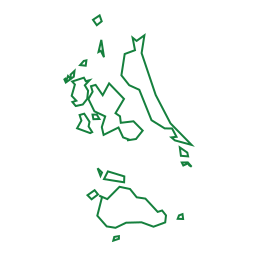 outline of Halmahera Selatan, Maluku Utara, Indonesia
{"feature_id": "22746128B2838702785556", "entity_name": "Halmahera Selatan", "entity_type": "district", "adm_level": 2, "iso_a3": "IDN", "parent_name": "Indonesia", "parent_adm1": "Maluku Utara", "projection": "robinson", "projection_center": [127.53, -0.746], "detail": "medium", "context": "isolated", "style": "outline", "palette": "green", "viewbox_px": 256, "rotation_deg": 0, "n_neighbors": 0, "source": "geoboundaries", "source_scale": "gbopen_adm2", "svg_char_len": 1825}
<svg xmlns="http://www.w3.org/2000/svg" viewBox="0 0 256 256"><path d="M119.5,186.8L107.3,199.1L99.2,195.6L102.0,197.2L97.3,215.7L106.7,226.4L115.5,227.8L126.1,222.7L141.5,222.3L153.5,226.7L165.2,222.4L166.0,215.4L162.1,210.5L157.7,211.9L145.4,198.6L136.7,197.3L130.0,189.0L119.5,186.8ZM124.7,54.0L121.4,75.3L129.2,85.2L139.3,89.8L151.5,120.2L164.7,128.4L172.1,128.5L176.5,136.8L171.4,137.4L174.9,140.4L191.6,144.9L170.5,123.4L155.7,95.0L141.6,53.1L144.4,35.3L136.6,40.9L132.6,37.7L135.0,50.2L124.7,54.0ZM109.1,83.4L102.7,95.2L95.6,84.9L91.0,86.2L92.6,91.7L88.4,99.0L94.4,111.3L105.2,116.4L101.8,127.1L103.6,134.9L118.5,127.5L123.1,137.4L129.4,139.7L127.0,140.4L136.0,139.0L142.7,130.6L133.5,121.3L120.8,122.8L120.0,116.3L115.5,113.2L124.0,98.9L109.1,83.4ZM83.9,77.7L72.2,81.5L74.9,84.5L71.7,95.8L76.3,100.7L72.4,102.0L75.7,106.0L82.8,104.5L87.2,98.9L88.1,90.7L84.8,85.3L89.6,80.2L85.8,81.2L83.9,77.7ZM84.2,113.7L79.6,115.0L81.4,120.6L77.1,128.3L90.2,133.1L92.2,132.1L88.6,126.5L89.5,121.8L84.2,113.7ZM124.3,176.4L107.9,171.4L104.0,179.1L124.1,182.3L124.3,176.4ZM99.6,15.4L93.0,19.8L96.8,25.2L101.7,21.3L99.6,15.4ZM101.3,39.9L98.5,52.0L100.8,50.8L104.0,57.2L101.3,39.9ZM94.6,190.2L87.5,195.2L91.6,199.3L98.0,194.4L94.6,190.2ZM179.8,147.4L180.9,155.8L188.1,156.4L187.3,152.6L179.8,147.4ZM92.5,114.6L93.4,119.2L99.4,119.0L96.8,114.6L92.5,114.6ZM182.5,214.1L179.0,215.4L177.7,218.8L183.1,219.0L182.5,214.1ZM86.4,60.3L83.8,60.9L80.1,65.1L85.7,65.7L86.4,60.3ZM102.0,172.5L97.6,168.3L100.5,175.9L102.0,172.5ZM187.8,162.4L181.8,162.5L183.3,165.5L188.0,163.4L189.3,165.4L191.6,166.7L187.8,162.4ZM74.5,70.9L70.6,74.6L70.8,78.8L73.8,76.7L74.5,70.9ZM68.0,76.0L66.3,80.7L65.3,78.7L64.4,79.4L65.8,82.5L70.7,79.0L68.0,76.0ZM118.9,236.1L114.3,236.9L113.3,240.6L118.9,238.8L118.9,236.1Z" fill="none" stroke="#15803d" stroke-width="2"/></svg>